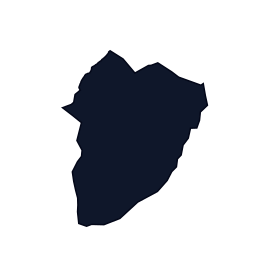 Zereg, Hovd, Mongolia, rotated 63°
{"feature_id": "93677404B75624012027982", "entity_name": "Zereg", "entity_type": "district", "adm_level": 2, "iso_a3": "MNG", "parent_name": "Mongolia", "parent_adm1": "Hovd", "projection": "mercator", "projection_center": [92.604, 47.134], "detail": "fine", "context": "isolated", "style": "filled", "palette": "ink", "viewbox_px": 256, "rotation_deg": 63, "n_neighbors": 0, "source": "geoboundaries", "source_scale": "gbopen_adm2", "svg_char_len": 1661}
<svg xmlns="http://www.w3.org/2000/svg" viewBox="0 0 256 256"><g transform="rotate(63 128 128)"><path d="M122.6,40.8L123.0,43.6L105.7,59.8L97.8,63.6L83.5,71.9L82.7,78.9L81.6,81.4L82.2,96.9L64.2,101.1L51.1,108.9L51.2,109.3L51.2,109.6L51.3,109.9L51.4,110.2L51.4,110.5L51.6,110.8L51.8,111.0L52.3,111.2L52.4,111.4L52.7,112.0L52.9,112.7L53.1,113.2L53.5,113.8L53.8,114.8L54.2,115.7L54.3,116.2L54.4,116.8L54.6,117.3L54.8,118.0L54.8,118.5L55.0,118.9L55.1,119.2L55.1,120.0L55.3,120.4L55.6,120.9L55.8,121.4L55.9,122.1L56.0,123.1L56.2,123.8L56.2,124.8L56.5,125.3L56.8,125.9L56.9,126.2L56.9,127.2L57.0,127.5L57.0,128.3L57.1,128.7L57.3,129.1L57.3,129.6L57.3,129.8L57.3,130.3L57.3,131.1L57.3,131.9L57.4,132.4L57.6,132.9L58.2,133.3L58.9,133.7L59.7,134.4L60.0,134.7L61.1,136.4L61.5,137.1L61.6,137.6L61.5,138.0L61.3,138.4L61.2,138.8L61.1,139.3L61.1,139.8L61.2,140.2L61.1,140.6L61.0,141.0L61.3,142.0L61.6,142.7L62.1,143.2L62.5,144.0L62.7,144.6L62.9,144.9L64.2,147.1L65.3,148.7L66.2,149.4L66.9,150.5L68.1,151.7L68.5,152.2L68.8,152.6L69.1,152.8L69.4,153.1L69.5,153.2L69.7,153.3L70.0,153.4L70.8,153.4L71.1,153.4L71.4,153.4L71.6,153.4L71.9,153.4L72.2,153.4L72.6,153.3L74.1,159.9L75.8,161.2L80.5,164.7L81.3,167.9L80.2,177.1L91.8,171.6L102.1,167.0L110.3,174.2L116.0,179.2L127.0,179.0L132.2,182.3L135.1,188.3L141.8,197.5L151.0,200.6L159.8,202.9L167.5,204.6L173.9,207.6L179.8,211.0L190.7,215.2L196.7,209.5L197.3,204.2L203.2,193.3L204.9,176.3L198.4,153.0L197.9,130.6L192.5,116.9L186.7,108.8L184.6,102.5L178.0,98.0L176.2,92.9L168.2,86.7L164.4,78.9L156.5,72.4L159.2,66.7L153.6,60.8L146.6,56.3L143.8,46.9L134.3,44.4L122.6,40.8Z" fill="#0f172a" stroke="#020617" stroke-width="1.5"/></g></svg>